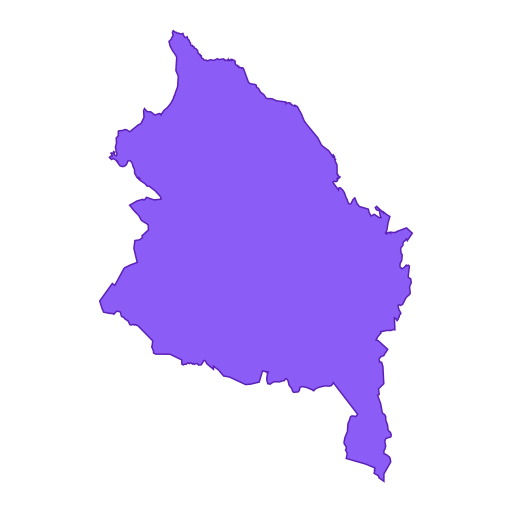 the district of Caimito, Sucre, Colombia
{"feature_id": "7082276B33919985254113", "entity_name": "Caimito", "entity_type": "district", "adm_level": 2, "iso_a3": "COL", "parent_name": "Colombia", "parent_adm1": "Sucre", "projection": "equal_earth", "projection_center": [-75.153, 8.788], "detail": "fine", "context": "isolated", "style": "filled", "palette": "violet", "viewbox_px": 512, "rotation_deg": 0, "n_neighbors": 0, "source": "geoboundaries", "source_scale": "gbopen_adm2", "svg_char_len": 6031}
<svg xmlns="http://www.w3.org/2000/svg" viewBox="0 0 512 512"><path d="M169.0,41.4L170.1,46.0L172.3,50.2L175.8,55.4L176.7,57.3L175.9,70.6L178.3,76.2L177.6,86.7L175.0,93.9L174.7,95.5L174.1,95.9L173.3,98.7L170.9,103.2L167.4,107.6L163.9,110.5L161.8,113.7L161.4,113.8L161.1,115.1L160.4,114.6L160.0,113.8L159.3,113.5L154.8,115.0L150.9,111.9L147.1,111.5L144.5,108.6L143.6,110.7L144.0,117.3L140.9,123.7L138.2,124.9L129.7,131.8L126.8,129.9L124.8,129.5L123.1,130.4L118.8,130.8L118.3,131.3L118.2,135.9L116.2,138.0L116.5,143.3L115.4,146.9L116.2,151.7L117.1,154.1L116.4,155.8L114.8,155.1L113.7,153.7L114.1,153.9L114.6,152.2L113.6,151.6L113.1,153.5L111.1,152.9L110.9,153.2L111.5,153.5L112.1,156.2L110.6,156.2L109.4,157.5L111.6,159.5L113.4,158.5L116.7,160.8L116.4,160.8L120.0,165.8L122.3,166.6L124.0,166.4L125.8,165.3L126.7,164.1L128.0,160.8L130.4,160.8L132.2,163.2L133.1,166.7L134.4,169.1L134.7,173.3L136.9,177.3L138.2,178.6L138.7,177.5L139.9,178.7L139.4,179.8L145.0,183.7L147.2,186.2L148.9,186.0L155.3,190.9L160.7,196.9L161.0,199.2L154.0,199.9L146.4,197.3L145.4,198.9L143.9,200.1L142.8,199.3L136.9,201.0L129.6,205.2L133.6,210.2L138.8,215.6L141.4,220.4L148.2,224.7L148.4,229.9L142.0,235.8L142.4,237.2L142.2,237.9L139.3,239.9L134.9,240.5L133.9,248.3L137.2,262.4L130.1,265.1L124.8,267.7L123.7,268.9L114.8,285.4L112.3,283.5L99.7,301.0L102.1,308.7L103.7,312.2L110.3,313.5L112.3,313.4L113.8,314.3L116.5,311.3L119.6,311.6L120.4,312.3L121.5,316.4L123.8,317.5L124.9,318.9L128.1,321.0L129.9,324.7L131.1,325.0L133.4,324.4L134.7,325.1L135.6,324.5L136.6,325.3L137.7,325.5L152.7,340.8L152.2,345.4L151.7,346.7L153.5,351.2L153.5,352.9L154.0,353.3L155.8,354.1L170.0,354.2L181.7,359.9L181.9,364.2L183.4,364.9L184.7,364.1L186.0,364.4L187.6,362.9L189.4,363.6L190.7,362.8L192.5,364.1L193.4,363.4L194.3,364.4L195.8,363.6L197.2,363.7L198.6,365.1L201.3,364.8L203.0,362.1L203.3,360.8L205.0,360.5L207.0,363.9L213.5,369.3L213.5,366.2L218.6,370.0L223.6,376.0L229.4,377.0L245.7,384.6L250.8,384.1L259.2,382.1L262.5,370.9L265.5,371.5L266.2,372.2L266.5,371.7L268.3,372.0L267.4,373.8L266.8,377.9L266.8,380.1L267.8,383.7L270.1,384.2L272.2,382.7L274.6,381.7L279.6,381.9L282.2,380.9L284.4,380.6L285.2,379.1L286.4,378.6L288.0,380.6L289.0,385.0L291.7,388.5L292.5,391.0L293.4,392.2L294.1,392.3L298.1,391.9L299.3,390.5L300.0,387.4L300.7,387.0L302.7,386.6L306.4,387.4L312.4,389.8L313.2,390.7L314.1,390.6L314.1,390.0L316.3,388.4L318.6,387.4L324.6,385.9L329.5,386.1L331.3,385.6L332.6,384.1L333.3,382.6L357.6,414.2L356.0,416.4L351.9,415.9L350.4,416.9L349.2,421.0L348.4,422.4L347.9,424.1L347.4,431.6L344.9,437.6L344.0,442.4L344.3,443.9L346.3,446.9L346.2,448.5L345.5,450.0L346.9,452.4L347.1,454.6L346.2,458.5L365.2,463.9L374.9,467.9L374.4,470.1L374.8,470.3L374.1,473.3L378.4,475.7L378.9,477.7L383.9,481.3L383.9,473.9L390.7,462.0L390.1,458.3L389.3,456.9L386.4,454.7L383.9,453.5L384.0,450.4L384.9,449.2L385.7,446.0L384.8,441.4L385.4,439.4L386.3,438.3L390.6,437.0L391.0,436.5L391.2,434.7L390.4,432.4L388.1,430.2L387.5,424.8L385.8,420.3L385.7,416.5L384.6,414.5L383.2,413.8L382.2,412.4L380.7,403.9L377.6,395.2L379.2,394.4L378.5,388.9L383.8,383.7L382.9,366.5L381.6,362.3L379.5,362.1L379.8,361.4L379.0,359.9L379.1,359.1L380.5,356.9L383.9,355.5L384.6,353.9L386.5,351.4L387.7,349.3L378.0,340.5L376.1,340.1L377.8,336.6L381.0,332.9L380.6,331.7L387.5,330.4L390.7,330.5L393.6,329.5L394.9,329.8L394.4,317.8L395.6,318.4L397.1,320.6L398.1,319.3L398.5,317.7L399.2,317.0L399.3,315.3L400.7,313.8L400.8,313.1L398.9,309.5L398.0,305.7L398.2,305.1L399.2,304.7L400.3,305.5L402.6,304.4L406.1,297.5L409.9,294.1L410.2,292.8L409.6,287.3L410.1,284.9L411.0,283.6L411.2,282.2L410.7,278.8L408.4,277.5L408.2,276.5L409.4,266.1L408.3,265.2L407.1,265.7L406.3,265.1L404.2,267.5L401.9,268.8L399.9,266.7L400.1,263.6L401.7,260.5L402.2,255.6L402.0,254.2L401.0,253.1L401.0,251.4L400.6,249.7L401.1,247.4L402.8,245.6L403.0,243.4L403.5,241.7L405.3,240.5L406.3,238.9L406.7,239.1L407.3,240.6L412.3,233.2L406.6,227.9L396.5,231.6L396.3,232.3L393.0,232.5L390.7,232.1L390.4,232.2L390.5,233.2L389.5,232.4L388.5,232.4L387.4,233.4L387.0,233.0L386.5,233.9L385.5,233.1L386.8,230.5L388.1,222.5L389.9,216.5L387.0,214.8L383.4,211.9L383.4,212.7L376.6,206.4L375.3,207.5L376.4,209.8L379.4,210.7L380.2,215.5L381.0,217.6L378.9,217.5L374.3,214.3L371.0,216.0L369.1,212.4L368.3,209.1L359.7,206.6L358.9,206.0L357.8,204.2L357.3,204.1L354.8,197.9L353.0,199.6L351.0,203.6L350.1,204.1L348.9,203.6L348.2,202.8L347.2,199.6L346.2,197.9L344.4,192.7L342.8,190.2L340.6,188.0L339.4,187.7L338.7,188.1L338.4,189.9L332.9,182.4L333.8,181.2L335.5,181.7L336.8,181.4L337.7,180.0L336.9,179.0L337.8,177.8L338.6,178.5L340.1,177.0L337.9,175.5L337.9,174.5L337.1,174.3L337.0,165.1L334.8,160.1L334.8,159.7L335.4,159.5L334.1,157.7L334.7,157.1L333.5,155.2L333.1,156.0L332.8,155.5L332.6,156.0L333.0,156.3L332.8,156.7L328.7,150.7L322.9,146.4L321.2,144.6L317.9,138.0L306.4,124.0L304.1,120.7L301.5,114.2L297.4,106.7L295.0,105.3L294.9,106.2L293.5,105.7L290.4,104.0L290.7,103.3L288.9,102.7L286.7,103.1L286.4,102.7L286.0,103.3L285.9,102.1L286.2,102.0L276.4,100.8L271.9,98.7L266.8,98.5L266.2,98.2L263.9,94.7L260.4,92.0L258.5,88.4L256.6,87.3L256.2,85.2L255.6,84.6L250.2,83.7L248.5,82.3L243.4,68.4L242.6,67.8L241.8,67.8L241.7,68.3L240.5,67.5L238.8,67.4L238.8,66.3L238.0,66.4L237.3,65.3L236.6,65.4L235.9,64.8L234.9,63.1L235.3,62.2L234.8,60.7L234.2,60.3L232.9,60.2L232.7,59.6L232.0,59.5L231.6,60.2L231.2,59.4L230.5,59.5L230.0,60.4L229.1,60.7L228.7,60.5L228.7,59.9L228.2,60.1L228.1,59.5L227.7,60.3L227.3,60.0L225.1,60.5L224.5,59.4L223.7,59.5L223.4,58.9L218.7,59.6L217.4,58.7L213.9,60.4L210.4,59.7L207.4,60.9L206.2,60.1L204.2,60.2L202.9,58.6L202.0,58.3L201.3,56.9L201.3,55.8L200.4,55.7L200.3,54.9L199.9,54.9L199.8,54.3L198.1,53.3L197.6,50.5L196.0,48.8L194.2,47.9L193.9,46.6L192.7,46.3L192.3,45.4L191.3,45.6L190.7,45.0L190.5,43.1L189.5,41.7L189.2,40.4L187.7,38.8L187.1,36.8L185.7,37.6L185.0,37.4L183.9,36.1L182.9,33.4L180.5,34.1L178.7,33.1L177.3,33.2L176.0,32.2L175.0,32.1L173.3,30.7L172.4,32.3L173.1,35.5L171.6,38.0L171.3,39.2L169.0,41.4Z" fill="#8b5cf6" stroke="#5b21b6" stroke-width="1.5"/></svg>